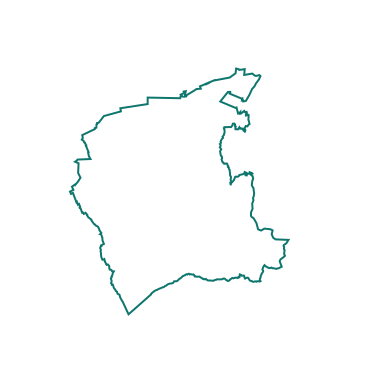 Tlachichuca, Puebla, Mexico, rotated 52°
{"feature_id": "50627088B20721288648973", "entity_name": "Tlachichuca", "entity_type": "district", "adm_level": 2, "iso_a3": "MEX", "parent_name": "Mexico", "parent_adm1": "Puebla", "projection": "equal_earth", "projection_center": [-97.33, 19.148], "detail": "fine", "context": "isolated", "style": "outline", "palette": "teal", "viewbox_px": 384, "rotation_deg": 52, "n_neighbors": 0, "source": "geoboundaries", "source_scale": "gbopen_adm2", "svg_char_len": 6094}
<svg xmlns="http://www.w3.org/2000/svg" viewBox="0 0 384 384"><g transform="rotate(52 192 192)"><path d="M96.0,262.2L96.3,263.8L96.2,265.5L99.5,263.7L106.9,270.0L112.1,271.1L113.6,275.4L114.5,279.5L114.1,279.4L113.9,283.3L117.3,284.2L116.6,287.9L119.0,288.5L119.4,286.4L129.0,289.4L128.9,288.7L131.8,289.7L131.9,288.4L134.8,289.3L134.8,289.9L135.1,290.2L135.6,290.3L136.4,289.9L140.6,291.3L140.7,290.6L142.7,290.7L142.8,288.7L145.5,288.6L145.6,289.0L148.0,289.3L151.4,288.4L151.4,288.6L154.0,288.8L157.0,288.9L158.0,288.4L159.0,288.6L161.0,287.6L161.7,287.5L164.4,288.0L165.0,288.5L168.5,288.7L168.7,290.2L169.0,289.9L170.6,290.0L172.0,290.6L172.5,290.6L175.0,292.3L178.7,293.4L178.1,296.5L178.9,296.8L178.7,297.3L179.2,298.4L179.8,299.0L181.4,299.3L182.3,300.5L183.2,300.8L187.1,303.4L190.2,304.3L190.5,304.0L190.8,302.4L193.2,303.3L193.2,303.5L195.7,303.8L196.0,304.1L196.6,304.1L196.9,304.1L197.4,302.9L199.0,302.8L199.5,302.9L201.3,304.2L202.5,304.6L203.0,303.9L203.8,303.6L204.3,303.5L205.2,303.8L206.4,302.5L207.2,304.4L208.6,306.1L209.0,307.4L209.6,307.5L210.2,309.2L212.0,309.8L212.9,310.3L214.2,312.0L215.0,311.8L215.7,312.2L215.9,311.6L216.2,311.4L216.9,311.8L217.5,311.8L219.0,312.5L220.7,312.7L221.6,312.5L223.0,313.0L224.3,312.5L226.2,313.3L227.0,313.1L227.8,312.5L228.3,312.4L231.1,313.6L233.2,313.8L234.3,314.2L235.5,314.1L249.3,317.3L247.5,287.3L247.0,286.7L246.9,282.5L247.0,281.6L247.5,280.2L248.0,277.5L248.7,275.3L248.9,274.0L249.4,273.3L249.6,272.1L249.5,271.0L249.8,270.4L249.9,267.4L250.5,266.0L251.5,264.3L251.9,263.1L252.0,262.7L251.4,261.0L252.7,259.3L252.9,258.7L253.0,257.6L252.7,255.7L252.9,253.3L252.6,251.3L253.2,248.7L253.4,247.0L253.6,246.7L254.1,246.6L254.4,244.9L254.7,244.6L255.6,244.5L255.9,243.7L257.3,242.5L257.9,241.6L258.6,241.5L259.2,241.7L259.5,241.5L260.2,241.8L260.6,241.2L260.8,241.2L261.6,240.5L263.2,238.3L265.8,237.3L267.1,237.0L267.4,236.5L268.2,236.3L268.7,235.2L269.2,235.0L269.3,234.5L271.3,234.1L272.0,233.3L273.7,231.3L275.2,229.7L275.4,228.1L276.0,227.2L276.2,225.9L277.3,224.8L279.2,222.2L279.7,220.2L280.8,219.4L282.5,219.3L283.3,218.7L284.3,218.5L284.7,217.1L284.4,215.5L284.4,214.8L284.6,214.1L284.5,213.2L285.7,212.3L285.9,211.2L286.4,210.3L286.8,210.1L287.2,209.2L287.6,208.9L287.6,208.1L288.1,208.4L288.4,207.0L286.4,205.1L287.4,204.4L288.7,204.3L289.7,202.6L290.3,202.5L291.6,203.3L292.9,203.5L293.4,201.3L294.3,200.6L297.2,200.9L298.2,200.5L299.0,199.7L299.7,199.6L300.7,198.8L301.3,197.2L302.4,196.4L302.4,195.7L303.0,194.8L304.1,194.0L304.4,192.9L303.2,192.7L302.2,192.0L301.6,190.6L300.2,189.2L300.0,188.4L299.2,187.2L299.1,186.6L298.4,184.8L297.8,184.4L296.5,184.3L295.3,182.6L294.5,180.8L294.3,179.9L296.0,179.7L299.3,178.2L300.0,177.3L300.4,176.0L301.5,175.6L302.0,174.9L304.5,172.9L304.7,171.9L305.2,171.2L305.6,170.2L305.7,169.3L306.1,167.3L300.7,165.6L300.2,165.0L299.6,163.7L299.7,159.8L299.5,158.0L297.6,157.6L295.7,155.8L295.0,154.9L293.8,154.7L292.9,154.2L292.1,153.2L291.1,153.1L290.5,152.7L290.3,152.1L290.5,150.2L290.4,148.9L289.1,145.5L280.7,155.4L277.8,156.2L274.2,155.1L272.0,152.2L271.7,152.1L269.6,153.2L265.4,157.5L264.9,161.3L262.1,162.9L256.3,160.4L250.7,159.6L248.1,160.4L247.2,160.2L246.0,159.4L244.3,157.9L242.5,154.6L238.2,151.7L236.3,148.6L234.5,147.8L233.0,145.5L231.5,144.0L226.6,141.1L225.2,141.1L223.5,140.7L220.9,138.2L220.0,137.1L219.2,135.6L216.9,134.5L214.9,134.9L214.4,134.2L214.7,133.1L214.0,133.1L212.2,134.2L214.1,135.1L213.1,135.3L211.9,136.3L212.0,136.8L211.7,137.2L212.1,136.9L212.2,137.9L212.6,138.7L212.2,139.0L211.9,139.3L211.4,138.3L210.3,137.4L208.7,138.2L209.4,139.2L209.9,139.5L207.8,144.3L208.2,145.1L208.2,146.5L206.8,148.1L206.6,148.6L208.2,151.2L208.7,152.7L209.1,155.6L209.9,156.8L209.7,156.9L208.2,156.1L208.5,155.0L208.4,154.5L206.8,154.4L206.1,154.0L204.3,152.1L203.6,151.8L202.6,151.9L200.2,150.2L199.0,149.6L197.8,148.7L196.5,148.7L195.4,147.9L194.9,148.0L194.5,148.3L194.3,148.3L193.7,147.4L192.4,147.4L191.8,147.0L191.2,146.9L190.4,147.7L190.1,148.7L189.4,148.9L189.0,149.5L187.4,149.3L186.9,149.5L184.3,148.5L184.0,147.6L182.3,146.6L181.1,146.9L177.2,144.8L176.6,143.6L176.4,142.7L173.8,142.5L173.7,141.8L172.8,140.7L171.4,140.5L171.5,139.7L170.8,138.7L170.0,138.6L169.5,137.8L168.7,136.0L168.4,134.2L167.2,133.9L166.8,131.9L166.0,131.0L165.3,129.8L162.9,128.0L162.0,127.9L161.3,127.6L161.4,126.9L160.9,126.5L164.9,121.2L164.4,119.2L163.3,117.8L164.2,116.5L165.4,116.5L165.8,117.0L166.1,117.1L166.3,117.5L167.4,117.3L168.1,118.4L168.8,118.4L168.9,118.8L169.3,119.1L171.0,117.1L170.2,115.0L171.4,115.4L172.0,114.6L171.9,114.3L172.4,114.3L173.1,113.2L173.5,113.5L175.0,112.8L175.3,113.6L177.0,113.2L176.4,112.1L175.8,111.7L174.3,111.8L174.2,111.3L173.1,109.0L174.4,107.9L173.8,106.3L173.9,104.8L172.7,104.4L171.9,103.8L169.8,103.1L166.8,100.4L166.0,100.0L165.0,102.4L164.4,102.1L163.3,100.4L163.5,100.1L162.6,99.7L162.1,100.8L161.7,100.6L161.2,101.3L160.3,101.0L160.2,101.9L160.4,104.8L160.1,105.7L158.9,104.8L159.3,106.1L158.4,106.1L158.3,106.5L158.7,107.1L158.6,107.4L152.8,104.9L152.4,106.0L138.1,114.0L135.3,102.2L136.6,100.2L136.8,100.2L137.6,101.8L149.1,95.3L149.2,94.9L150.5,96.2L150.8,95.2L152.2,95.9L153.4,93.5L150.9,87.2L147.8,81.2L147.3,78.2L146.8,76.6L146.1,75.5L145.6,74.0L144.5,69.8L143.9,69.0L142.9,66.7L141.4,66.9L140.0,70.0L139.3,70.7L135.8,71.6L131.9,78.8L127.6,74.8L125.9,78.0L124.8,79.2L124.8,79.7L123.7,79.8L121.9,81.2L125.3,84.6L125.0,91.9L118.0,105.4L117.8,105.3L116.1,111.4L116.4,111.5L116.1,112.2L116.3,112.3L116.2,112.5L115.9,112.3L115.8,112.8L116.0,113.7L116.0,114.2L115.8,114.6L115.3,114.3L114.6,117.4L113.6,120.6L116.0,121.5L113.6,125.1L113.5,127.4L112.4,136.5L113.1,137.7L112.3,139.1L108.7,134.8L107.7,136.7L109.2,137.5L108.3,140.9L110.9,140.7L109.7,142.2L110.8,143.6L90.3,168.8L95.4,172.8L81.9,196.9L84.7,198.4L77.9,214.7L80.0,222.9L79.2,224.4L80.1,225.0L79.9,225.6L82.4,227.8L81.8,229.2L82.6,229.8L79.6,243.5L82.1,244.7L82.9,246.6L84.7,245.9L86.6,246.4L87.1,246.0L87.4,246.3L88.4,246.3L90.1,247.1L90.3,246.7L91.3,247.4L97.0,249.0L96.9,249.5L100.2,251.2L103.5,251.7L96.0,262.2Z" fill="none" stroke="#0f766e" stroke-width="2"/></g></svg>